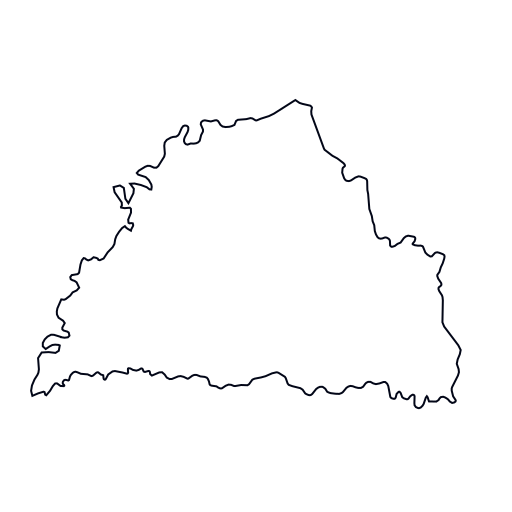 SVG path tracing the border of Ternopil', rotated 95°
{"feature_id": "UKR-292", "entity_name": "Ternopil'", "entity_type": "Region", "adm_level": 1, "iso_a3": "UKR", "parent_name": "Ukraine", "parent_adm1": "", "projection": "natural_earth1", "projection_center": [25.734, 49.388], "detail": "fine", "context": "isolated", "style": "outline", "palette": "ink", "viewbox_px": 512, "rotation_deg": 95, "n_neighbors": 0, "source": "natural_earth", "source_scale": "10m", "svg_char_len": 6073}
<svg xmlns="http://www.w3.org/2000/svg" viewBox="0 0 512 512"><g transform="rotate(95 256 256)"><path d="M354.1,43.7L357.5,44.4L369.5,49.2L370.9,49.5L373.1,49.3L378.6,47.4L382.0,44.7L382.7,44.4L383.6,44.6L384.6,45.7L385.3,47.8L384.1,50.2L382.1,52.2L381.2,53.7L380.4,55.4L379.9,57.3L380.5,59.6L382.1,60.9L383.5,61.5L385.3,63.7L385.8,71.0L381.8,72.7L380.8,73.6L382.3,74.5L388.8,76.1L390.6,77.0L392.6,78.7L393.4,80.4L393.3,81.5L392.6,83.5L390.9,85.0L388.8,85.4L381.9,85.8L381.0,86.2L380.6,86.9L380.5,87.8L381.1,88.8L382.4,90.2L384.8,91.7L385.4,92.4L385.6,93.4L384.9,96.3L383.9,98.0L379.8,100.0L378.7,101.2L378.9,102.1L381.1,103.9L384.8,104.5L385.8,105.0L386.3,106.0L386.0,108.0L385.5,109.1L384.7,109.9L374.0,112.9L371.8,114.2L370.3,116.2L370.4,118.0L372.2,121.9L373.2,125.4L372.7,128.1L371.4,131.0L371.6,133.3L372.6,135.0L373.6,135.9L376.9,137.9L378.3,140.0L378.5,142.8L378.1,145.5L377.3,148.3L377.2,150.7L378.0,152.6L379.4,154.4L383.9,157.5L385.0,158.7L386.1,161.0L386.3,164.9L386.1,169.7L385.6,171.8L385.0,173.3L382.2,175.4L380.8,177.7L380.5,178.6L380.8,181.0L381.8,182.8L383.3,184.5L388.6,188.0L389.7,189.3L390.0,190.3L389.9,191.6L389.2,193.8L388.6,195.0L385.1,197.9L383.8,200.3L382.5,208.5L381.5,212.2L380.2,213.4L375.1,215.7L373.8,216.7L370.5,223.2L370.1,224.4L370.1,225.6L371.5,229.8L374.9,236.0L376.5,240.3L378.3,246.6L379.0,248.0L379.6,248.9L384.4,251.8L385.5,253.3L385.8,259.5L387.4,265.5L387.4,266.7L386.5,269.6L386.5,272.1L387.9,274.9L390.7,278.3L391.0,279.2L391.0,280.3L390.4,282.1L389.3,284.0L389.0,289.1L388.6,290.3L387.9,291.0L385.1,291.9L382.7,293.2L381.5,294.4L380.9,296.6L380.8,300.9L379.7,304.7L379.7,305.8L379.9,307.2L380.8,309.0L384.0,312.7L384.2,313.6L382.7,317.5L382.2,320.6L382.7,323.0L385.9,329.2L386.1,331.4L384.9,334.3L382.1,336.6L380.0,339.4L380.4,342.2L384.2,349.3L382.9,351.1L380.6,351.7L380.0,352.2L379.9,353.2L381.2,356.5L380.9,357.8L378.4,359.2L378.0,359.9L378.1,360.8L379.7,362.9L380.6,365.2L380.2,368.7L379.0,371.3L378.9,373.1L379.3,373.7L380.5,373.7L383.4,373.2L384.2,373.6L384.5,374.3L383.7,378.9L382.9,386.5L383.5,388.9L386.9,392.9L391.4,394.8L392.2,395.3L392.4,395.9L392.0,396.8L391.1,397.2L388.1,397.8L387.6,400.2L385.7,403.0L385.7,404.0L386.3,405.0L388.8,407.4L389.6,408.3L390.0,409.5L388.6,413.4L388.6,420.2L387.4,423.8L387.0,425.8L387.4,427.0L388.3,428.3L390.6,430.1L392.2,430.8L395.9,431.5L396.4,432.2L396.0,434.3L396.0,435.4L396.5,436.4L398.1,437.4L399.3,437.5L400.2,437.2L401.3,435.9L401.9,435.7L402.4,436.1L402.5,439.4L400.3,443.0L400.3,444.0L400.6,445.1L403.4,447.1L408.2,449.4L413.0,452.8L412.5,453.9L410.0,454.8L409.7,455.8L411.8,461.0L414.8,466.6L409.9,468.3L404.5,467.9L398.3,465.9L393.5,463.4L391.2,462.6L387.8,462.4L376.7,464.2L370.8,461.1L369.8,454.2L370.0,447.3L367.6,444.2L362.2,443.7L361.8,444.8L361.8,448.3L362.4,451.1L364.0,453.6L367.0,457.4L364.6,460.5L361.2,460.8L357.5,459.2L354.5,456.7L352.3,453.3L352.1,450.5L353.8,442.5L353.8,444.2L354.1,439.6L353.4,436.3L351.6,434.9L348.6,435.9L347.8,437.3L347.0,441.2L346.0,442.5L344.2,442.7L339.5,440.7L337.3,442.5L334.7,447.3L331.6,449.2L328.6,449.6L325.5,449.3L316.2,446.2L316.3,443.4L315.6,441.9L311.6,437.6L308.2,435.5L305.9,431.6L303.0,429.4L297.9,432.4L296.6,434.6L296.1,436.8L295.3,438.5L293.2,439.2L291.1,437.9L289.6,432.1L288.1,430.8L279.7,430.1L275.5,429.1L273.1,427.5L273.3,426.1L274.3,424.7L275.0,422.8L273.8,420.1L271.4,417.7L271.8,415.0L272.4,413.4L273.6,412.7L273.8,411.2L271.8,407.6L265.3,404.1L259.6,399.5L256.4,398.1L251.5,397.7L248.2,396.8L243.8,394.5L239.8,391.8L237.7,389.2L239.1,387.8L240.1,386.2L241.7,382.8L240.0,382.5L237.1,381.2L235.9,381.0L234.2,381.6L234.1,383.2L234.5,384.9L234.0,385.9L230.9,386.5L223.7,384.3L219.9,384.7L218.9,385.9L219.8,391.0L219.5,394.6L218.9,394.8L217.4,394.0L214.4,394.4L204.8,402.4L199.8,403.9L197.6,397.7L199.7,393.6L210.4,391.1L214.5,387.7L204.2,383.6L199.7,383.5L195.0,387.7L194.4,383.4L195.3,376.9L197.0,370.8L198.9,367.9L198.9,366.1L196.2,365.9L193.9,366.5L189.7,369.4L187.0,372.8L185.2,380.5L183.7,382.0L181.2,380.2L176.7,374.1L175.6,371.8L175.5,369.4L176.9,365.3L176.7,362.9L175.0,361.2L165.0,356.1L162.1,355.7L154.2,357.0L150.9,356.8L148.1,355.0L145.5,351.2L144.6,349.0L144.1,346.1L142.9,344.4L141.3,343.3L135.1,341.2L132.9,339.8L132.2,338.2L132.3,336.4L133.2,335.0L134.1,334.6L136.3,334.5L138.5,335.0L143.9,337.3L146.0,337.8L148.0,337.7L149.6,336.9L150.7,335.6L151.0,333.9L149.6,330.8L149.5,327.9L148.9,325.4L147.9,323.6L146.1,322.1L140.3,321.2L136.7,319.7L134.7,319.8L129.7,322.5L127.9,322.4L127.0,321.9L125.8,320.5L125.3,318.8L125.9,312.7L124.4,308.6L124.2,307.0L125.0,305.4L128.5,302.8L129.9,300.6L130.2,297.6L129.6,293.9L128.8,291.6L127.3,288.9L123.2,287.6L121.9,285.9L120.5,277.6L119.1,273.5L119.3,271.5L120.9,268.3L120.9,267.2L118.8,263.2L115.5,255.3L112.6,250.5L97.2,230.4L99.7,226.0L100.4,223.0L101.5,215.1L102.3,213.9L103.3,213.2L106.9,213.6L110.2,213.1L143.0,197.7L144.2,196.9L149.5,188.6L151.7,183.5L155.9,176.9L157.0,175.8L157.9,175.3L158.8,175.4L160.5,177.1L161.5,177.4L165.5,177.4L170.8,175.0L172.1,174.0L172.9,173.0L173.2,172.1L173.3,170.2L173.1,169.4L172.4,167.9L169.2,163.9L167.7,160.8L167.8,158.9L169.0,154.6L169.7,152.9L170.6,152.2L171.7,151.8L180.6,150.8L184.4,149.7L199.3,147.2L206.1,144.1L211.3,142.8L215.0,140.9L220.8,139.8L224.0,138.4L226.6,136.6L227.6,135.2L227.9,133.4L227.5,131.7L226.4,129.4L226.2,128.4L226.4,127.2L227.3,125.3L228.2,124.4L229.3,123.9L233.8,123.3L234.6,122.6L235.0,121.8L234.9,120.9L233.9,118.6L231.6,116.1L230.0,113.1L225.3,110.3L223.5,108.5L222.5,106.2L223.0,100.9L223.2,99.9L223.9,99.1L225.1,98.8L227.5,99.3L230.0,101.0L230.7,100.9L231.4,98.8L231.6,95.6L231.3,92.8L231.7,91.0L232.3,90.4L237.8,87.6L239.7,85.4L241.3,82.3L241.0,80.8L237.5,78.1L237.0,77.4L236.5,75.8L236.8,73.8L237.9,70.0L238.8,68.5L240.2,68.1L242.4,68.3L247.1,69.4L251.1,70.9L255.9,71.9L258.9,73.7L260.1,73.7L262.7,72.5L266.8,69.2L267.7,68.9L268.6,68.8L269.8,69.5L271.1,71.0L271.9,71.4L273.2,71.3L275.0,70.4L279.0,67.3L280.7,66.6L283.9,66.0L305.8,64.5L309.9,62.4L327.3,46.7L331.8,43.9L336.1,44.4L341.5,46.1L345.9,46.6L351.0,44.3L354.1,43.7Z" fill="none" stroke="#020617" stroke-width="2"/></g></svg>